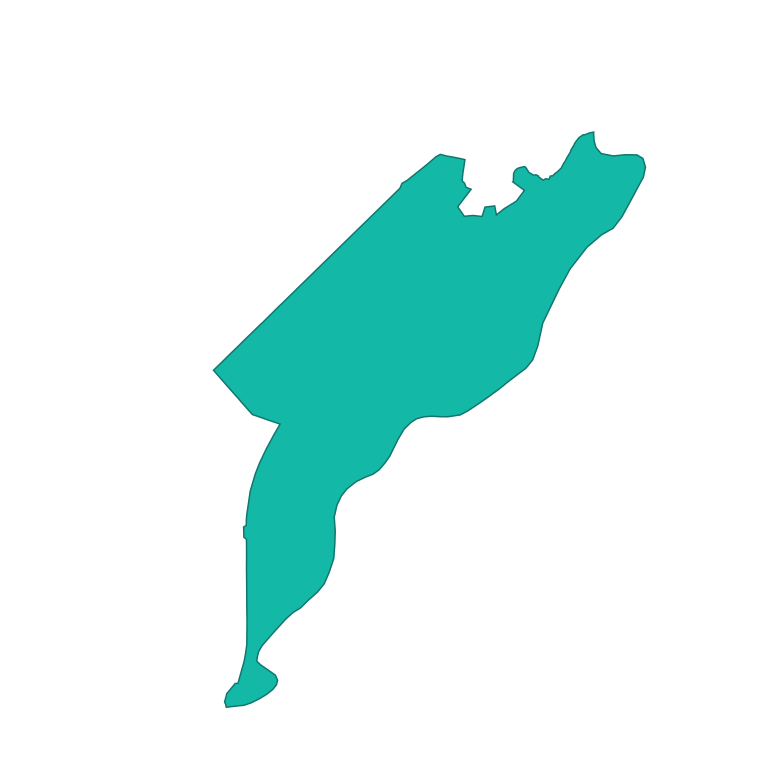 Strenči, Strencu, Latvia, rotated 314°
{"feature_id": "27541924B77919484434433", "entity_name": "Strenči", "entity_type": "district", "adm_level": 2, "iso_a3": "LVA", "parent_name": "Latvia", "parent_adm1": "Strencu", "projection": "equal_earth", "projection_center": [25.697, 57.627], "detail": "fine", "context": "isolated", "style": "filled", "palette": "teal", "viewbox_px": 768, "rotation_deg": 314, "n_neighbors": 0, "source": "geoboundaries", "source_scale": "gbopen_adm2", "svg_char_len": 2955}
<svg xmlns="http://www.w3.org/2000/svg" viewBox="0 0 768 768"><g transform="rotate(314 384 384)"><path d="M41.9,495.1L45.6,498.1L51.2,502.7L55.5,506.4L62.7,510.1L71.8,513.2L79.5,515.2L87.1,516.2L92.9,515.6L97.0,513.2L99.1,508.1L97.6,498.5L96.3,490.7L96.2,485.0L99.9,482.4L104.2,479.8L111.0,478.1L125.1,477.3L146.5,476.6L156.4,477.3L165.0,479.5L175.5,479.7L188.1,480.7L198.7,479.8L210.7,475.3L223.7,469.0L234.6,459.9L244.4,451.0L253.2,441.2L253.8,440.6L264.0,434.4L273.7,431.1L282.5,430.2L288.2,430.9L288.5,431.0L294.5,431.8L303.6,435.1L311.4,438.7L318.9,440.1L327.6,439.6L336.0,438.3L353.7,432.6L365.5,429.8L375.3,430.1L381.9,431.7L388.1,435.5L393.9,440.6L399.2,446.8L404.8,452.7L414.7,460.3L422.6,462.9L437.7,466.2L448.2,468.2L461.1,470.4L467.6,471.2L470.6,471.5L477.2,472.5L482.4,473.3L494.1,475.1L504.6,474.2L518.2,468.2L538.1,455.9L574.4,443.9L596.1,437.9L623.5,435.0L642.7,436.9L655.1,440.6L669.5,439.0L674.3,437.7L691.2,433.0L700.3,430.4L712.9,426.9L721.6,421.5L726.1,413.5L724.5,406.8L716.4,398.2L707.3,390.5L700.6,380.1L701.4,372.1L704.8,366.3L710.0,360.5L710.9,359.9L707.3,357.4L703.6,355.8L701.5,354.1L696.6,353.1L689.2,354.0L688.4,354.6L686.1,355.0L681.8,356.1L680.1,357.0L674.2,358.3L671.2,359.2L669.6,359.7L667.7,359.9L662.4,361.5L657.2,361.3L654.5,360.8L651.0,360.7L649.1,359.2L646.9,360.2L645.4,360.2L644.9,359.1L644.1,357.8L641.4,356.9L641.1,356.6L640.5,351.9L640.6,350.1L640.8,350.1L640.7,349.6L640.0,348.0L639.5,347.6L638.0,346.4L636.9,341.1L638.2,335.9L638.1,334.1L634.8,331.9L634.1,331.5L633.8,331.3L633.0,330.9L632.4,330.6L632.0,330.4L631.3,330.2L630.9,330.2L630.2,330.1L629.5,330.1L629.1,330.0L628.5,330.1L628.3,330.1L627.6,330.4L626.7,330.5L626.2,330.7L625.8,330.9L625.5,331.0L625.0,331.4L624.7,331.7L624.4,331.9L623.4,332.9L622.2,333.9L619.9,336.1L618.9,336.1L620.8,350.5L607.5,352.2L593.7,348.7L583.7,347.4L589.0,339.9L581.4,333.8L572.6,338.2L567.1,331.0L560.4,325.2L562.7,313.9L582.1,311.7L584.6,311.4L582.5,306.4L584.4,302.4L584.4,299.8L584.8,298.7L590.7,294.1L598.4,288.7L601.6,286.3L597.1,279.0L591.4,270.5L588.3,265.0L583.5,263.5L576.7,262.9L571.5,262.4L569.0,262.1L546.6,259.2L540.8,257.6L535.8,259.5L504.0,258.6L474.2,257.7L464.8,257.4L397.0,255.4L394.2,255.3L389.3,255.2L383.0,255.0L371.7,254.7L367.7,254.5L346.0,254.0L345.0,254.1L342.9,253.9L342.5,253.8L317.8,253.0L313.5,252.9L311.7,252.9L294.3,252.3L291.2,252.3L275.4,251.8L273.5,274.6L272.8,283.5L272.1,292.2L272.0,292.7L270.9,306.6L270.6,310.5L272.2,313.9L274.6,319.1L278.8,328.2L279.4,329.5L283.0,337.1L270.9,340.1L255.2,344.5L240.9,349.3L229.9,353.9L214.0,362.2L198.0,373.7L195.6,375.4L194.9,375.9L191.4,378.7L186.6,383.1L185.8,382.9L184.2,382.5L183.5,382.4L182.9,383.1L182.7,383.3L176.4,389.7L176.5,390.3L176.7,393.0L166.0,403.5L155.3,413.7L146.2,422.7L136.7,432.0L127.8,440.7L118.8,449.7L101.3,466.3L94.3,471.4L87.6,475.9L67.2,486.9L65.3,485.0L52.1,486.0L44.4,490.3L43.7,492.6L43.2,493.1L41.9,495.1Z" fill="#14b8a6" stroke="#0f766e" stroke-width="1.5"/></g></svg>